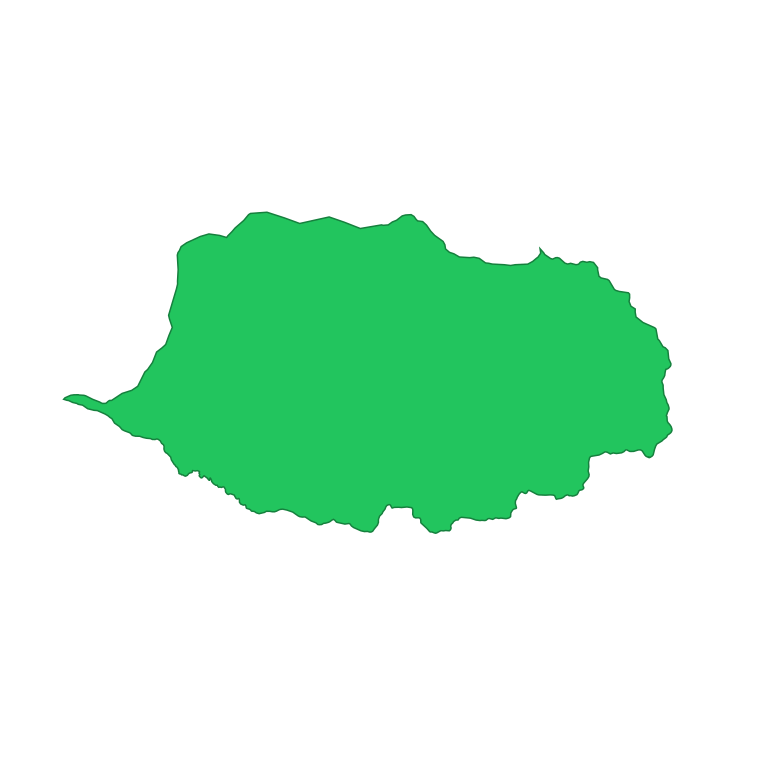 Batrana, Hunedoara, Romania (Mercator projection), rotated 45°
{"feature_id": "2599482B72212253659890", "entity_name": "Batrana", "entity_type": "district", "adm_level": 2, "iso_a3": "ROU", "parent_name": "Romania", "parent_adm1": "Hunedoara", "projection": "mercator", "projection_center": [22.608, 45.81], "detail": "fine", "context": "isolated", "style": "filled", "palette": "green", "viewbox_px": 768, "rotation_deg": 45, "n_neighbors": 0, "source": "geoboundaries", "source_scale": "gbopen_adm2", "svg_char_len": 6170}
<svg xmlns="http://www.w3.org/2000/svg" viewBox="0 0 768 768"><g transform="rotate(45 384 384)"><path d="M572.4,166.7L567.6,164.9L561.1,159.6L557.3,159.5L554.9,160.4L547.9,158.6L545.8,158.6L537.4,152.8L535.7,152.8L523.6,157.4L514.8,158.4L510.7,155.5L508.6,153.3L503.6,154.4L499.0,152.4L496.8,149.4L494.1,146.8L492.3,146.7L484.9,152.2L481.6,154.0L479.8,154.2L470.1,151.7L468.1,152.0L462.5,155.5L459.8,155.8L454.3,152.2L452.8,150.7L446.2,149.9L443.0,152.0L441.4,154.5L437.9,156.7L436.7,159.0L436.9,161.8L435.4,163.9L430.6,166.7L429.1,169.3L426.4,170.6L419.1,171.0L417.2,172.0L416.1,173.3L414.9,176.5L413.0,177.5L406.1,178.8L404.2,178.3L398.7,178.0L402.3,180.7L403.2,185.4L402.9,187.3L402.5,192.1L400.9,197.6L392.5,206.8L389.7,210.7L384.6,214.7L375.7,222.7L372.8,224.5L370.2,226.6L362.5,227.8L357.9,230.8L355.3,234.0L347.5,240.9L341.4,242.5L337.2,244.6L332.0,245.0L328.6,242.5L325.0,241.4L314.7,243.1L308.9,242.9L301.7,241.6L296.5,241.8L292.4,244.9L290.4,244.9L286.7,244.3L283.4,245.1L279.7,249.3L278.0,252.3L277.1,259.4L275.3,263.6L274.5,268.5L271.3,272.3L269.7,273.3L257.3,290.8L241.7,297.6L227.1,304.7L210.9,330.1L196.3,336.9L179.8,345.3L169.0,357.8L168.5,360.0L169.2,367.5L168.4,379.0L168.8,383.8L168.8,389.4L169.1,391.7L162.7,395.2L154.1,401.7L149.8,409.6L144.6,423.7L143.4,430.3L145.0,434.3L145.4,436.7L146.7,439.0L157.7,448.8L165.3,457.3L167.4,459.3L170.1,463.7L183.1,487.7L186.3,489.7L194.3,493.7L197.6,501.7L201.7,510.4L201.5,515.3L200.6,522.2L205.1,532.5L206.6,540.8L206.4,544.6L211.5,559.7L210.1,566.9L205.5,575.8L203.0,588.2L201.5,589.8L201.2,591.5L201.1,594.0L200.5,594.9L198.7,596.8L197.6,597.3L195.7,597.8L188.9,600.8L181.4,603.3L179.8,604.2L176.4,607.2L175.4,607.8L172.4,610.9L170.5,613.4L168.2,619.3L168.3,621.3L171.2,619.8L172.7,618.7L176.9,617.2L180.6,614.9L182.1,614.6L185.8,612.1L192.0,611.0L197.6,607.6L200.1,605.5L208.2,602.4L211.4,601.6L214.1,601.4L216.1,600.9L221.1,602.2L227.0,601.1L231.1,601.4L233.6,600.6L238.6,598.3L239.9,598.1L241.7,598.3L242.9,598.0L245.2,596.6L248.2,593.7L251.4,592.2L254.4,590.3L257.5,587.7L259.4,587.0L261.4,585.1L262.2,583.5L263.4,582.8L265.9,582.4L268.7,583.2L271.0,582.9L272.6,583.6L274.4,585.6L276.2,586.6L278.1,586.9L279.9,586.4L284.8,586.5L287.3,588.0L292.5,589.2L293.8,589.1L295.2,589.5L296.1,589.2L297.8,589.4L298.5,589.8L299.4,589.9L299.9,590.6L301.8,591.7L302.2,592.2L302.8,592.2L304.2,591.3L305.0,591.4L306.1,590.5L308.0,590.0L308.9,589.4L309.5,587.6L309.3,585.5L309.6,584.3L310.7,582.5L310.7,581.9L310.0,581.0L309.9,580.5L312.2,578.8L313.2,577.3L314.9,576.5L315.8,576.6L316.0,577.5L316.4,577.9L317.6,578.2L318.1,579.4L318.5,579.7L320.7,579.8L321.5,579.3L321.7,578.5L321.6,576.5L321.7,576.1L325.5,575.5L328.0,575.8L328.5,575.6L328.7,575.4L327.6,573.8L327.6,573.4L327.9,573.3L330.1,574.0L331.1,574.8L333.9,575.1L336.7,574.5L337.7,573.5L339.0,573.9L340.2,573.9L341.0,572.7L342.1,572.2L343.0,570.4L343.9,570.0L346.4,570.6L347.6,571.8L348.7,572.4L350.9,572.6L352.0,572.2L352.8,570.5L353.5,569.9L356.5,568.5L360.1,569.5L360.9,569.4L361.6,569.0L362.2,567.7L362.7,567.6L364.1,568.5L365.4,569.8L367.4,570.2L369.8,569.3L370.5,568.8L370.9,567.9L371.3,567.6L372.6,567.9L374.2,569.0L374.9,569.0L377.6,567.6L378.7,567.4L380.1,567.6L382.5,565.8L384.8,565.4L387.4,564.0L390.3,559.3L390.8,557.2L393.4,554.7L395.4,553.3L397.0,551.7L397.9,549.9L398.7,547.3L399.4,545.9L400.9,544.1L404.5,541.8L410.0,539.1L416.4,538.0L418.2,537.4L420.3,535.9L422.0,534.0L422.6,533.7L429.2,532.4L434.0,530.3L436.6,530.1L437.9,529.1L439.3,527.4L439.8,525.3L441.2,523.5L442.7,520.8L443.1,519.4L443.4,517.2L443.9,515.5L445.4,515.1L448.0,515.3L448.8,514.9L455.4,510.7L457.7,507.6L458.5,507.1L459.2,507.0L461.3,507.4L464.0,507.0L471.5,504.1L474.5,502.2L476.6,499.9L478.6,498.8L479.5,497.9L480.1,496.2L479.6,493.3L479.1,488.3L477.8,485.6L476.9,484.9L475.6,483.3L474.3,480.5L474.3,477.0L473.6,475.1L473.2,471.8L472.1,469.4L472.0,468.5L472.0,467.5L472.9,465.6L474.0,465.1L477.3,466.0L477.5,465.9L478.5,464.0L481.5,460.8L483.7,459.0L487.2,454.7L491.0,451.9L492.6,452.1L494.0,453.2L496.5,455.9L499.0,457.0L500.9,456.4L503.1,454.1L504.1,453.5L505.7,453.8L508.0,455.9L508.5,456.1L516.4,455.8L520.7,456.1L521.6,455.7L522.6,454.7L524.9,453.7L526.0,453.0L526.6,452.0L527.9,447.5L529.9,445.8L531.2,444.0L534.0,441.6L534.1,440.2L533.6,438.9L533.0,438.2L531.7,437.4L530.8,435.7L530.9,433.9L530.5,432.0L531.0,429.5L532.5,427.8L532.5,427.1L532.1,426.2L532.2,425.3L533.0,423.5L539.9,417.8L545.3,415.1L548.4,412.7L549.6,411.2L551.9,409.2L552.5,408.2L552.8,405.7L553.5,404.7L556.6,402.8L557.6,399.6L560.3,397.8L561.4,396.2L565.5,393.0L566.5,391.4L567.2,389.8L567.3,388.3L564.8,385.4L564.1,382.4L564.1,381.1L564.6,380.0L565.4,378.6L565.4,378.2L565.1,377.8L561.2,375.5L559.5,373.5L559.0,371.3L558.3,370.0L557.4,366.5L557.3,364.5L557.5,363.1L558.0,362.6L560.6,361.9L561.5,361.3L561.9,360.2L561.3,357.6L561.6,356.8L563.0,356.1L570.2,353.9L571.8,353.0L576.7,348.5L580.1,344.7L582.2,342.9L583.3,342.4L584.0,342.4L586.8,343.6L587.6,343.4L587.9,342.6L590.0,339.8L590.6,338.5L591.0,336.9L591.2,334.7L591.9,333.0L592.3,332.5L593.9,332.1L594.9,331.0L596.6,329.9L597.6,328.4L598.6,326.0L598.5,324.7L597.4,321.6L597.6,320.6L598.8,318.8L599.1,316.9L598.4,315.9L596.8,315.3L595.7,314.3L595.3,312.6L594.9,307.0L594.3,304.6L593.1,303.0L589.9,301.2L587.4,297.8L584.0,294.7L581.6,290.9L581.4,289.8L581.6,288.7L586.3,282.1L587.6,278.5L588.2,275.9L588.5,275.5L590.0,274.4L593.5,273.4L594.8,270.7L597.5,268.8L600.7,264.6L601.5,262.1L601.5,260.1L601.7,259.4L602.5,258.8L605.4,257.9L606.1,257.3L608.2,255.1L610.4,250.9L611.8,249.3L613.8,248.7L618.9,249.8L620.5,249.8L623.6,248.6L623.7,248.2L623.3,248.1L624.1,247.6L624.6,245.2L624.4,243.7L621.4,238.7L619.9,235.5L619.4,233.4L620.8,227.8L620.8,226.0L621.3,222.5L621.3,221.5L620.6,219.6L621.1,217.2L621.2,215.6L621.0,214.4L620.3,213.0L619.0,212.0L617.1,211.1L614.7,210.6L612.0,210.5L610.3,209.8L607.2,207.0L606.2,206.9L604.6,203.8L603.3,200.2L602.3,199.3L599.8,197.9L597.1,197.1L594.6,195.5L589.4,193.6L584.3,189.5L582.1,187.4L579.1,186.1L578.1,185.0L577.8,184.2L577.3,181.7L576.5,179.5L574.5,176.9L572.9,174.4L573.8,172.7L574.0,171.3L574.0,169.1L573.7,168.4L573.4,167.7L572.4,166.7Z" fill="#22c55e" stroke="#15803d" stroke-width="1.5"/></g></svg>